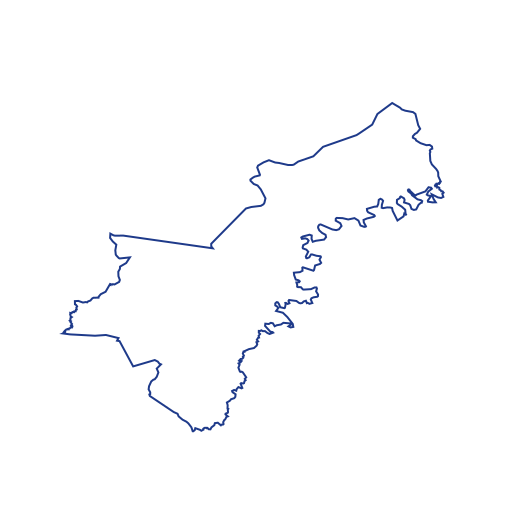 the district of Chingola, Copperbelt, Zambia, rotated 107°
{"feature_id": "96606910B88567375078856", "entity_name": "Chingola", "entity_type": "district", "adm_level": 2, "iso_a3": "ZMB", "parent_name": "Zambia", "parent_adm1": "Copperbelt", "projection": "equal_earth", "projection_center": [27.798, -12.504], "detail": "fine", "context": "isolated", "style": "outline", "palette": "blue", "viewbox_px": 512, "rotation_deg": 107, "n_neighbors": 0, "source": "geoboundaries", "source_scale": "gbopen_adm2", "svg_char_len": 6139}
<svg xmlns="http://www.w3.org/2000/svg" viewBox="0 0 512 512"><g transform="rotate(107 256 256)"><path d="M173.0,124.0L171.9,125.3L168.1,126.9L166.2,131.1L164.9,135.8L164.1,136.8L161.1,137.6L158.6,135.4L157.2,135.4L156.7,134.9L157.6,131.3L158.9,130.3L161.5,130.1L161.5,125.0L162.3,123.4L165.5,121.1L165.8,118.5L164.6,116.4L159.5,115.5L156.8,113.8L156.6,113.1L154.9,113.1L154.4,114.6L154.6,118.1L152.3,124.5L150.9,125.9L149.7,129.2L148.6,130.0L147.8,129.7L147.7,128.7L148.6,127.8L151.0,123.0L151.4,121.0L150.3,120.3L144.7,112.9L139.8,111.1L139.5,108.5L140.3,107.5L144.0,110.1L147.4,110.6L147.8,109.3L147.5,106.1L152.7,107.9L153.8,107.4L153.1,102.8L152.1,99.8L149.5,102.9L145.6,106.0L146.8,99.1L146.4,96.0L144.7,94.1L142.1,96.0L140.6,95.1L139.6,96.5L140.0,97.7L139.1,98.6L138.8,100.1L137.2,100.6L136.9,101.7L137.6,102.8L136.5,103.4L137.0,104.9L136.4,105.5L135.0,105.2L134.7,103.9L134.0,104.2L133.5,102.1L132.8,102.4L132.4,101.5L131.3,101.7L130.8,101.1L126.4,105.0L122.9,106.2L121.6,107.3L120.1,109.2L117.0,114.6L114.1,117.1L106.9,119.8L105.5,119.7L104.4,120.6L103.1,120.3L101.8,118.8L99.9,119.7L99.0,122.4L100.2,125.4L100.0,131.7L98.7,136.7L97.6,137.5L97.0,140.6L95.6,141.0L92.8,139.7L91.1,138.1L86.4,136.2L83.5,139.1L73.5,145.1L72.5,147.9L73.4,155.8L73.2,159.5L72.1,161.5L69.9,170.5L84.7,181.4L96.4,183.3L108.8,193.3L111.0,195.2L132.0,223.8L143.9,230.3L153.3,243.2L157.6,246.6L158.3,247.8L159.6,251.9L160.3,261.2L161.0,265.0L160.6,271.6L164.2,276.1L169.0,280.5L171.0,280.7L177.1,276.0L177.8,276.0L180.5,280.5L182.0,281.9L184.5,283.7L185.6,283.3L187.8,279.2L188.1,275.1L190.9,270.9L198.1,263.8L202.7,263.5L204.4,264.0L206.6,266.0L210.5,274.8L213.5,279.5L257.4,302.4L259.9,301.6L261.3,299.6L275.3,388.9L277.8,396.8L277.9,398.4L277.2,401.8L281.4,400.8L284.0,397.2L286.0,392.9L291.7,392.2L295.7,390.5L296.4,389.6L298.1,386.6L298.2,385.6L294.2,376.2L300.7,378.1L305.9,382.9L308.2,382.4L311.3,383.1L315.6,381.6L318.7,379.2L320.8,379.3L324.6,383.0L324.8,384.7L325.4,385.1L325.4,387.0L326.2,386.8L326.1,387.5L334.2,389.4L337.9,393.3L341.0,394.6L341.9,394.4L343.4,399.2L344.6,400.3L347.0,401.3L348.5,403.3L349.7,403.9L349.8,405.3L351.1,407.9L350.9,412.7L352.1,416.0L355.1,415.0L355.3,413.9L356.5,412.3L358.0,412.7L359.5,411.8L360.0,412.5L361.6,412.3L362.1,413.7L362.9,413.6L363.3,415.2L364.6,415.6L364.7,416.5L365.0,416.2L365.8,417.5L365.6,417.0L368.0,415.5L368.3,414.3L369.7,415.3L371.4,414.8L372.2,415.2L372.5,413.9L373.3,414.2L374.8,412.1L376.3,412.6L376.5,411.3L377.2,410.9L378.2,411.1L378.3,412.4L379.5,412.8L380.6,414.4L381.0,414.0L381.7,415.9L382.9,416.6L384.3,416.3L384.7,416.9L384.3,417.3L385.4,417.7L386.0,417.3L386.5,417.9L385.3,410.8L379.3,386.6L375.4,376.4L374.7,363.5L377.6,364.1L377.3,361.6L397.5,341.2L385.1,322.4L385.7,319.0L387.2,316.9L387.4,315.2L392.7,318.0L395.9,315.3L400.5,315.6L403.5,316.8L404.3,318.0L406.6,319.5L411.8,320.2L414.9,319.7L417.3,317.3L419.0,316.8L419.6,317.5L420.9,316.6L429.3,289.0L429.8,284.9L432.0,283.1L434.0,278.4L434.8,274.1L435.8,271.8L438.7,267.7L442.1,265.3L442.0,264.8L440.5,263.7L438.4,263.7L438.6,258.7L439.1,257.2L437.4,255.5L436.6,255.9L435.4,255.0L434.8,253.2L435.1,252.6L434.6,252.1L435.5,250.6L435.1,248.9L432.9,248.5L430.0,246.4L427.9,246.5L426.6,243.8L428.2,240.1L427.4,239.8L426.9,238.3L426.2,237.9L424.5,238.8L422.2,238.4L421.3,237.7L418.4,237.2L417.6,236.1L416.4,238.9L415.7,239.0L414.2,237.2L413.5,237.1L411.1,238.1L410.3,237.8L410.0,238.7L406.9,239.5L404.6,241.0L402.1,238.7L400.3,238.0L398.3,235.2L396.7,234.6L394.2,235.1L393.1,238.6L392.1,239.4L390.5,237.8L390.6,235.5L389.0,235.6L386.5,234.5L386.8,231.1L386.2,230.5L382.6,233.4L381.9,233.0L381.7,231.0L381.1,230.3L379.0,230.4L377.8,229.6L376.8,230.8L374.9,229.9L371.1,234.6L370.8,235.9L371.4,237.1L371.1,237.7L367.9,240.2L364.8,239.9L363.8,241.3L362.4,239.8L360.7,239.1L360.6,240.0L361.3,241.0L361.1,241.6L359.0,240.6L358.3,239.1L356.9,238.4L356.1,239.1L354.9,238.4L353.1,240.1L351.0,240.0L350.9,239.0L350.3,239.1L347.1,235.5L344.6,231.0L341.6,229.2L340.0,229.0L338.3,230.4L337.1,229.0L335.9,230.7L333.7,230.1L333.1,229.2L331.6,230.2L329.4,229.3L328.5,230.9L326.8,231.4L326.4,230.0L325.5,229.2L325.9,227.6L325.2,225.5L326.3,222.6L326.6,220.2L324.3,217.2L323.9,217.9L324.2,220.1L320.2,226.9L318.0,227.3L317.3,223.9L315.6,222.3L315.4,220.2L317.7,217.6L316.2,216.0L314.2,212.1L311.9,210.3L310.5,203.7L310.7,203.0L311.5,202.6L313.8,204.4L314.2,202.0L312.9,199.6L310.2,201.0L305.2,208.2L302.4,213.7L302.7,220.7L299.2,219.5L298.2,220.8L297.6,223.1L295.7,223.7L294.1,222.8L293.9,221.7L295.2,220.0L297.9,217.8L297.6,213.6L297.1,213.2L293.7,213.5L292.3,214.2L292.1,213.7L292.6,211.7L291.4,210.2L289.5,211.8L288.4,211.5L287.2,204.2L288.3,201.1L288.3,199.8L287.5,198.2L285.5,197.1L284.2,195.2L286.2,193.6L285.7,192.9L286.1,190.9L284.5,188.4L281.6,190.9L280.2,190.6L278.7,188.9L277.0,185.4L276.3,185.0L274.7,185.4L272.2,188.2L269.4,188.2L268.4,189.0L269.0,190.8L271.6,193.7L274.2,200.6L274.2,201.5L272.7,203.9L273.5,206.9L273.3,207.7L271.6,208.1L269.5,209.6L268.5,207.1L267.4,206.8L266.8,208.1L266.9,211.1L263.2,213.9L260.9,214.9L258.6,209.3L256.5,207.2L253.6,208.3L253.1,207.9L253.3,196.8L252.4,196.4L247.8,196.7L244.9,192.5L243.5,191.7L241.0,194.2L238.0,193.6L237.4,194.2L238.1,198.2L238.1,202.9L238.5,203.9L241.6,204.6L243.3,206.6L243.3,207.3L241.9,208.2L236.6,207.3L235.2,209.7L235.0,213.4L234.2,213.9L231.8,214.0L228.5,210.6L225.9,210.2L224.8,211.9L224.7,214.0L226.2,217.1L225.0,218.1L223.7,217.0L220.0,211.0L220.1,208.7L223.4,207.9L225.8,205.9L224.0,203.3L220.4,195.7L217.5,194.5L215.4,195.7L214.6,199.6L213.0,203.0L210.8,204.9L209.4,205.2L207.6,204.6L206.9,203.4L208.3,190.7L207.8,186.8L206.2,184.5L202.3,183.0L200.0,185.0L198.9,190.1L197.0,190.6L196.0,190.0L194.5,184.3L194.1,178.5L191.0,172.9L192.2,168.4L196.3,165.0L196.5,161.0L195.9,159.7L195.5,159.5L192.4,162.7L190.1,163.7L187.7,160.9L184.1,154.8L183.0,154.1L182.3,154.9L181.4,161.6L180.2,163.0L178.5,163.7L174.3,157.3L173.2,154.6L170.5,154.3L166.4,155.0L164.9,153.7L165.2,151.9L166.1,150.6L170.2,150.6L173.1,149.9L173.1,148.5L171.2,144.8L170.3,141.5L170.3,139.9L172.9,138.5L180.7,131.1L175.0,126.5L172.1,126.6L173.0,124.0Z" fill="none" stroke="#1e3a8a" stroke-width="2"/></g></svg>